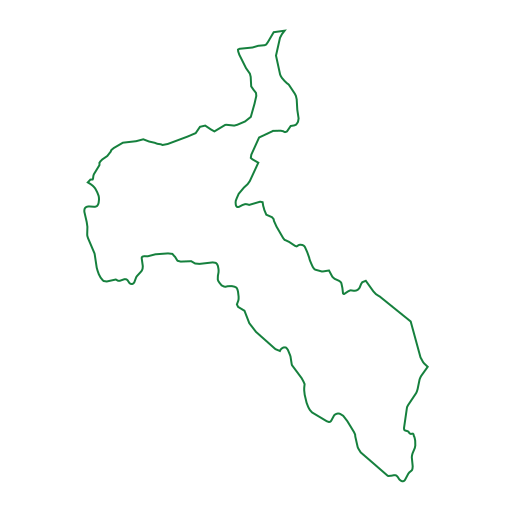 an SVG outline of San José
{"feature_id": "CRI-1331", "entity_name": "San José", "entity_type": "Province", "adm_level": 1, "iso_a3": "CRI", "parent_name": "Costa Rica", "parent_adm1": "", "projection": "equal_earth", "projection_center": [-83.994, 9.633], "detail": "fine", "context": "isolated", "style": "outline", "palette": "green", "viewbox_px": 512, "rotation_deg": 0, "n_neighbors": 0, "source": "natural_earth", "source_scale": "10m", "svg_char_len": 4935}
<svg xmlns="http://www.w3.org/2000/svg" viewBox="0 0 512 512"><path d="M234.2,125.6L237.2,124.8L245.0,121.5L250.8,116.9L254.5,103.8L256.3,95.9L256.0,93.0L255.0,91.6L253.6,89.9L251.2,86.4L250.7,76.9L249.9,73.7L246.0,68.1L239.3,54.7L238.2,51.5L238.0,49.6L239.5,48.8L252.5,47.5L258.2,45.8L264.7,45.2L266.2,44.5L267.9,42.1L273.7,32.2L284.6,30.7L281.9,34.2L280.0,37.8L276.0,55.6L280.1,74.5L280.8,76.1L281.9,77.9L284.5,80.9L287.0,83.3L288.3,84.2L288.9,84.8L294.8,93.7L295.9,95.9L296.7,99.4L297.3,109.8L298.6,118.5L298.0,121.8L297.1,123.3L296.0,124.7L294.3,125.4L290.7,126.0L287.0,131.4L286.1,131.8L285.0,132.1L284.1,131.8L283.4,131.3L280.7,130.7L272.9,130.9L272.7,131.1L259.1,137.5L251.3,154.7L250.8,157.9L251.3,158.4L252.4,159.3L258.3,162.7L249.8,181.1L247.6,184.2L243.9,187.6L238.7,193.8L236.8,198.1L235.8,200.7L235.6,202.4L235.7,203.7L235.8,204.8L236.1,205.8L236.6,206.5L237.2,207.0L238.1,207.0L238.9,206.9L242.5,205.0L244.9,204.2L245.8,204.1L247.5,204.4L249.2,204.9L260.1,201.7L262.6,202.2L263.2,205.9L263.8,207.9L264.3,209.9L266.3,214.7L272.0,217.2L273.6,219.1L273.8,220.0L273.9,220.8L276.5,226.6L283.1,238.0L284.6,239.9L285.5,240.2L289.1,241.9L295.1,245.9L296.6,246.4L297.4,246.0L298.0,245.5L298.9,245.0L300.1,244.7L302.4,245.0L303.6,245.6L304.5,246.4L305.0,247.2L307.2,252.1L309.2,257.7L309.4,258.7L310.0,260.6L311.3,263.7L312.7,266.8L313.7,268.3L314.6,269.3L315.4,269.7L321.9,271.5L323.3,271.4L329.0,270.5L332.3,276.7L333.1,277.5L334.6,278.8L339.0,280.8L340.4,281.8L341.2,282.8L341.5,283.8L342.4,288.1L343.0,293.3L343.5,293.9L344.1,294.0L348.2,291.3L349.7,290.6L350.6,290.3L354.0,290.8L355.0,290.7L355.9,290.6L356.7,290.3L357.5,289.9L358.1,289.5L358.6,288.9L359.2,288.3L359.7,287.5L361.1,284.0L362.3,282.2L365.8,280.8L373.3,291.3L375.9,294.1L378.8,296.0L379.6,296.4L410.7,321.5L420.5,357.4L423.0,362.0L424.1,363.4L427.7,366.8L421.2,375.9L420.4,377.4L419.6,379.4L417.6,389.1L416.9,391.4L416.2,393.0L408.1,405.1L407.1,407.0L406.9,408.0L404.0,428.1L404.1,429.2L404.4,430.0L405.1,430.5L407.6,431.2L408.3,431.6L408.9,432.3L409.3,433.0L409.9,433.5L410.6,433.9L411.4,433.9L412.1,433.7L412.9,433.7L413.4,434.2L413.7,435.1L413.9,436.1L414.4,437.0L414.8,438.6L415.2,440.8L415.3,445.5L414.8,448.0L412.5,453.5L412.0,455.5L411.8,457.3L412.7,466.4L412.5,468.5L412.1,469.9L411.5,470.6L410.9,471.1L410.3,471.6L409.3,472.4L408.3,473.7L405.1,479.7L404.6,480.4L404.0,480.9L403.3,481.2L402.5,481.3L401.7,481.1L400.9,480.7L399.6,479.7L399.1,479.1L397.7,476.9L396.5,475.7L395.8,475.3L394.7,475.2L393.9,475.2L391.5,475.7L388.2,476.0L387.5,475.6L360.7,452.4L358.7,449.2L357.9,447.7L357.6,446.8L355.3,436.6L355.2,435.6L355.1,434.5L354.0,432.1L347.3,421.1L343.2,415.8L340.3,414.0L339.5,413.7L338.7,413.5L337.9,413.5L337.0,413.7L336.1,414.0L335.3,414.4L334.6,414.9L334.1,415.4L331.5,420.2L331.0,421.0L330.4,421.6L329.7,421.9L328.9,422.0L326.7,421.2L312.0,412.4L309.9,410.0L308.9,408.3L308.1,406.7L306.6,402.8L304.7,394.8L304.2,390.4L304.2,388.0L304.6,384.1L303.5,381.6L301.6,378.1L292.0,365.2L291.7,364.2L290.5,356.5L290.0,355.0L287.9,349.9L286.9,348.5L286.0,347.6L285.2,347.4L284.3,347.4L283.4,347.5L282.7,347.9L282.0,348.3L281.4,348.8L280.8,349.4L280.3,350.1L279.9,351.0L275.4,349.1L256.0,331.9L249.3,323.2L244.5,310.8L238.1,306.9L236.9,304.4L237.6,302.5L238.3,300.6L238.6,299.0L238.6,296.6L238.0,291.6L237.4,289.4L236.7,288.0L236.0,287.4L234.5,286.7L231.8,286.1L227.9,286.2L225.3,286.8L223.9,286.5L221.6,285.4L219.4,282.7L218.3,281.0L217.8,279.6L217.8,278.4L217.9,275.8L218.5,272.5L218.6,270.9L218.5,269.1L217.9,265.9L217.1,264.2L216.1,263.1L215.4,262.8L212.7,262.4L199.5,263.9L195.1,263.5L191.2,261.2L180.7,261.6L177.6,260.8L177.1,260.2L175.1,256.9L174.0,255.8L172.4,253.9L168.0,253.4L155.4,254.3L147.7,256.3L144.2,256.2L142.5,256.6L141.8,257.3L141.7,258.3L142.8,266.2L142.6,268.5L142.3,269.5L141.7,270.8L140.6,272.1L137.3,275.7L136.5,276.7L136.1,277.5L134.3,282.3L133.5,283.3L132.6,283.9L131.8,284.0L130.9,283.9L130.2,283.6L129.5,283.1L129.0,282.4L127.6,280.3L126.9,279.7L126.2,279.3L125.3,279.2L124.4,279.2L119.8,280.8L118.6,280.8L117.9,280.7L115.8,279.5L106.7,281.5L103.6,281.0L102.7,280.2L100.6,277.6L98.8,274.2L97.5,270.5L96.7,267.6L94.7,254.3L94.5,253.4L88.0,238.1L87.3,235.8L87.2,234.5L87.4,226.8L86.7,222.0L84.4,212.0L84.3,211.0L84.4,209.9L84.6,208.9L85.0,208.1L85.6,207.5L86.3,207.0L87.1,206.7L88.8,206.4L94.5,206.8L95.4,206.7L96.2,206.4L97.0,206.0L97.5,205.4L98.1,204.4L98.6,202.9L99.0,199.6L98.9,197.4L98.6,195.8L97.2,192.2L95.5,189.0L95.0,188.2L93.9,186.9L92.7,185.7L90.6,184.1L87.8,182.4L90.4,179.6L92.6,179.5L93.0,178.7L93.4,175.7L93.9,174.2L99.4,165.2L99.5,163.9L99.4,162.9L100.3,161.5L102.2,159.5L107.3,156.0L110.8,151.5L111.1,150.5L111.4,150.0L113.8,148.0L122.9,142.7L136.1,141.2L143.3,139.3L149.0,141.5L154.8,142.8L156.0,143.3L157.4,143.8L160.9,144.3L162.5,145.0L167.7,144.0L187.5,136.6L195.7,133.1L200.0,126.8L205.2,125.6L211.0,129.5L214.4,131.4L225.2,124.9L226.6,124.8L234.2,125.6Z" fill="none" stroke="#15803d" stroke-width="2"/></svg>